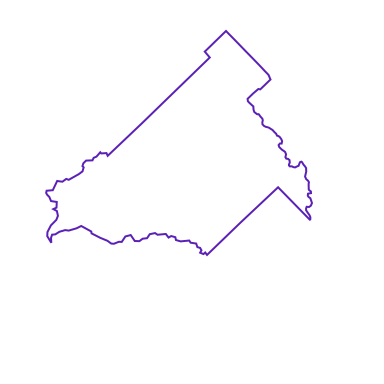 outline of Elmore, Idaho, United States of America, rotated 226°
{"feature_id": "52423323B11139746059105", "entity_name": "Elmore", "entity_type": "district", "adm_level": 2, "iso_a3": "USA", "parent_name": "United States of America", "parent_adm1": "Idaho", "projection": "equal_earth", "projection_center": [-115.613, 43.433], "detail": "fine", "context": "isolated", "style": "outline", "palette": "violet", "viewbox_px": 384, "rotation_deg": 226, "n_neighbors": 0, "source": "geoboundaries", "source_scale": "gbopen_adm2", "svg_char_len": 2407}
<svg xmlns="http://www.w3.org/2000/svg" viewBox="0 0 384 384"><g transform="rotate(226 192 192)"><path d="M290.9,85.9L287.5,85.9L283.4,84.3L278.8,87.8L274.9,83.7L276.0,80.4L272.2,81.6L268.0,79.0L266.2,75.1L266.0,67.3L263.6,60.2L260.8,57.2L253.2,55.5L256.9,58.7L258.5,61.7L256.5,64.2L255.5,69.0L252.7,74.3L249.9,76.5L246.1,83.7L244.5,88.7L233.6,92.1L232.0,91.0L222.7,94.2L215.6,97.3L211.0,98.1L209.0,99.9L207.0,104.8L204.9,106.8L206.3,113.2L203.6,118.0L196.5,116.8L193.2,120.0L192.7,124.0L190.0,127.6L191.0,132.3L188.1,136.9L185.2,137.5L180.0,144.0L175.5,143.5L174.8,146.4L171.1,148.6L168.6,147.1L164.4,149.5L159.0,156.3L156.5,155.8L152.0,159.2L148.6,157.6L146.2,159.0L143.5,158.3L142.7,155.7L139.4,157.1L139.3,159.5L136.3,159.1L136.3,205.6L135.6,257.2L90.3,257.5L90.1,258.0L91.6,259.6L93.6,260.4L96.4,260.8L99.6,261.4L100.9,262.6L101.7,264.2L100.9,264.9L99.9,265.8L99.6,268.0L100.7,270.6L102.5,271.5L105.3,272.8L107.6,272.4L109.0,272.8L110.2,274.3L109.2,275.8L108.5,276.8L109.8,277.9L110.9,277.7L112.5,277.6L115.3,280.1L116.8,281.5L117.8,282.9L119.5,283.3L121.9,283.1L124.5,284.0L126.3,286.7L127.5,288.6L128.6,289.4L129.9,290.7L132.0,291.1L134.1,291.2L135.9,291.6L136.9,291.9L137.9,291.7L138.4,290.4L137.8,288.9L136.8,286.9L137.4,285.4L138.1,283.2L139.5,282.2L141.2,281.6L142.4,280.2L143.7,280.2L144.4,280.8L145.3,282.8L147.2,284.3L149.1,284.1L150.5,283.0L152.2,283.4L153.7,285.8L156.1,286.8L158.1,286.5L159.8,286.1L161.8,286.0L163.8,286.0L165.6,286.9L165.8,289.0L164.6,290.1L165.9,292.1L167.8,292.9L170.4,293.3L172.1,293.1L173.5,292.3L175.4,293.0L177.8,292.9L180.8,293.0L183.0,292.4L184.6,292.1L186.0,291.4L187.7,290.3L189.5,289.7L191.7,289.7L193.4,291.1L194.2,292.5L195.4,293.4L196.9,293.6L198.2,293.6L199.8,293.8L201.2,294.0L201.7,294.0L202.2,293.3L203.0,292.8L203.8,292.7L206.3,292.4L208.0,293.2L209.4,294.2L211.0,295.6L213.0,295.4L215.2,295.3L217.0,295.2L218.5,295.3L220.4,296.7L220.4,304.7L220.0,311.3L218.4,312.4L218.4,324.6L218.4,326.6L223.1,328.4L228.5,328.4L235.9,328.5L244.4,328.5L256.5,328.4L270.5,328.4L280.8,328.3L284.2,328.3L284.1,298.7L276.4,298.2L276.3,239.8L276.2,204.4L276.6,156.5L279.4,157.5L282.8,153.5L284.3,153.6L283.8,147.8L284.9,145.0L283.9,142.4L288.2,137.6L288.1,133.7L286.7,131.2L285.0,131.2L282.9,127.6L283.5,123.0L286.4,111.8L288.8,110.6L289.4,106.0L291.2,104.5L293.6,102.7L290.0,93.1L293.9,88.3L292.7,86.5L290.9,85.9Z" fill="none" stroke="#5b21b6" stroke-width="2"/></g></svg>